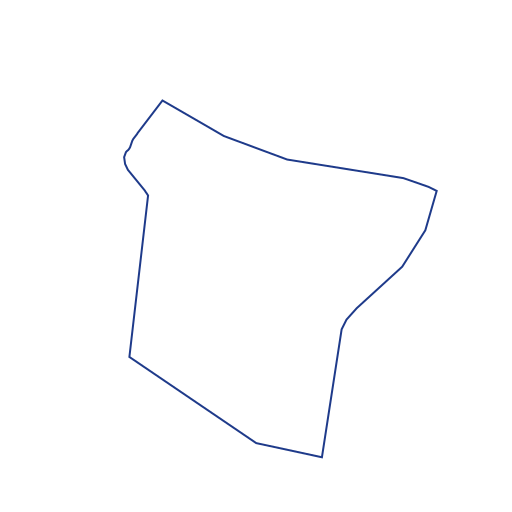 the Parish of Saint Paul, rotated 124°
{"feature_id": "DMA-1440", "entity_name": "Saint Paul", "entity_type": "Parish", "adm_level": 1, "iso_a3": "DMA", "parent_name": "Dominica", "parent_adm1": "", "projection": "mercator", "projection_center": [-61.378, 15.359], "detail": "fine", "context": "isolated", "style": "outline", "palette": "blue", "viewbox_px": 512, "rotation_deg": 124, "n_neighbors": 0, "source": "natural_earth", "source_scale": "10m", "svg_char_len": 549}
<svg xmlns="http://www.w3.org/2000/svg" viewBox="0 0 512 512"><g transform="rotate(124 256 256)"><path d="M179.4,420.5L174.5,349.7L158.6,284.1L109.0,177.3L102.2,151.6L101.0,142.6L140.0,130.0L183.1,128.8L242.9,143.3L258.1,145.4L268.9,144.0L386.0,88.8L411.0,151.2L410.5,304.5L266.2,379.3L265.1,381.9L264.6,383.3L263.9,384.8L256.2,410.4L252.9,416.0L247.8,420.6L245.0,421.3L242.6,421.9L241.2,421.7L239.6,421.2L238.1,421.1L236.3,421.2L229.6,423.0L227.5,423.2L221.3,422.8L220.2,422.9L179.4,420.5Z" fill="none" stroke="#1e3a8a" stroke-width="2"/></g></svg>